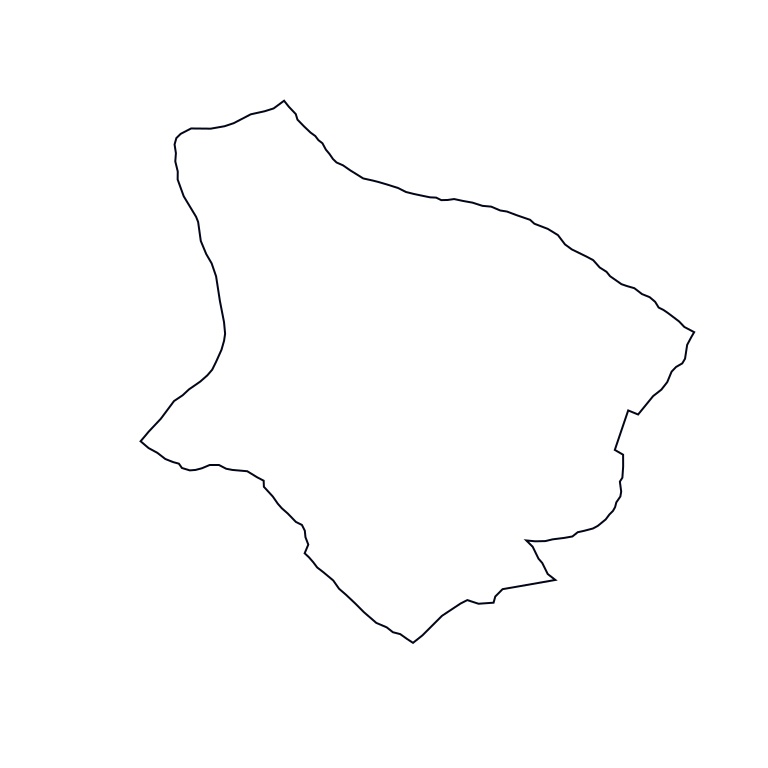 Terra Rica, Paraná, Brazil, rotated 289°
{"feature_id": "56859067B82246536000747", "entity_name": "Terra Rica", "entity_type": "district", "adm_level": 2, "iso_a3": "BRA", "parent_name": "Brazil", "parent_adm1": "Paraná", "projection": "natural_earth1", "projection_center": [-52.68, -22.72], "detail": "fine", "context": "isolated", "style": "outline", "palette": "ink", "viewbox_px": 768, "rotation_deg": 289, "n_neighbors": 0, "source": "geoboundaries", "source_scale": "gbopen_adm2", "svg_char_len": 2386}
<svg xmlns="http://www.w3.org/2000/svg" viewBox="0 0 768 768"><g transform="rotate(289 384 384)"><path d="M278.5,184.3L262.3,177.0L254.7,174.1L250.6,172.5L246.8,182.2L245.1,192.2L241.9,201.6L241.5,209.9L241.9,216.0L238.8,220.3L239.1,228.5L241.4,233.8L245.0,239.2L250.7,245.6L253.7,254.3L252.5,262.3L253.4,268.7L257.0,283.1L254.5,294.4L253.4,301.7L247.7,303.9L241.4,315.5L236.2,322.6L233.2,327.9L230.2,335.2L224.9,345.6L224.0,352.3L219.5,356.9L213.6,359.6L207.5,364.7L198.1,364.1L195.7,369.5L192.4,375.2L188.8,380.5L186.2,388.2L181.7,400.0L175.8,408.1L172.3,416.8L167.1,428.3L161.7,439.3L155.6,454.5L154.8,465.8L152.2,473.2L152.8,480.8L150.4,488.9L148.7,495.7L158.9,502.2L183.7,514.3L201.3,527.8L206.8,533.1L207.0,544.9L212.9,558.8L219.3,558.4L228.6,562.9L254.5,609.8L257.6,600.7L266.3,591.9L269.1,587.0L278.5,577.6L282.4,569.5L284.5,578.2L288.0,587.7L292.0,594.0L297.2,604.6L301.2,611.8L306.9,615.4L310.2,620.8L315.4,628.6L319.4,632.3L328.1,637.7L334.0,639.6L338.5,641.8L342.8,642.6L347.7,642.2L354.6,644.1L359.5,643.3L368.5,638.8L373.0,639.9L383.8,637.0L395.0,633.1L396.8,623.7L438.5,623.5L437.9,634.2L460.2,642.4L469.0,648.1L478.0,651.2L489.3,651.9L495.2,654.6L500.6,659.3L505.9,660.4L519.7,657.9L528.5,659.3L534.0,660.4L535.7,649.4L539.2,642.7L543.7,628.9L545.0,624.1L545.7,618.8L550.0,613.6L552.6,606.9L553.0,598.7L556.1,589.5L555.7,581.8L555.7,576.0L559.5,562.7L562.5,557.9L564.4,550.0L569.2,541.5L570.4,534.0L572.4,517.8L574.9,509.7L581.4,500.0L584.0,488.3L584.3,479.9L584.5,474.0L586.8,468.7L586.8,454.3L587.1,444.1L585.9,437.4L586.6,427.6L584.5,419.1L584.3,408.7L582.8,399.1L581.7,390.1L578.7,384.2L576.5,378.3L577.2,372.6L575.5,366.8L574.6,360.0L573.4,350.3L572.7,342.2L573.9,333.5L573.6,321.7L573.2,313.0L572.7,307.1L571.6,297.4L575.1,282.2L577.4,274.1L578.0,267.0L580.1,262.5L583.8,257.5L586.7,252.7L591.6,247.4L593.2,242.6L596.1,238.3L597.8,232.7L601.5,224.6L605.8,216.1L610.5,212.7L615.2,203.7L619.3,197.3L608.6,189.9L603.0,182.3L595.6,170.2L581.7,157.0L575.8,149.3L569.0,137.0L562.8,118.4L554.3,110.3L548.9,107.6L542.3,108.0L534.5,112.1L526.5,114.2L517.8,119.8L510.2,122.3L496.3,133.5L480.9,151.9L476.7,155.5L459.6,164.2L449.0,173.6L441.9,181.8L431.1,190.2L409.1,201.8L390.4,212.6L379.8,217.4L372.8,218.7L363.5,219.2L350.3,218.0L341.6,216.9L334.8,214.2L326.5,209.5L315.5,201.4L307.8,197.3L299.5,191.0L278.5,184.3Z" fill="none" stroke="#020617" stroke-width="2"/></g></svg>